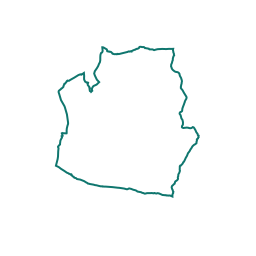 Sirineasa, Vâlcea, Romania, rotated 237°
{"feature_id": "2599482B90279875081363", "entity_name": "Sirineasa", "entity_type": "district", "adm_level": 2, "iso_a3": "ROU", "parent_name": "Romania", "parent_adm1": "Vâlcea", "projection": "mercator", "projection_center": [24.167, 44.933], "detail": "fine", "context": "isolated", "style": "outline", "palette": "teal", "viewbox_px": 256, "rotation_deg": 237, "n_neighbors": 0, "source": "geoboundaries", "source_scale": "gbopen_adm2", "svg_char_len": 5802}
<svg xmlns="http://www.w3.org/2000/svg" viewBox="0 0 256 256"><g transform="rotate(237 128 128)"><path d="M121.6,193.7L122.4,194.0L127.2,194.1L129.4,194.3L130.7,194.3L131.5,194.1L132.3,194.1L132.8,194.1L133.4,194.6L133.7,194.7L134.4,195.4L135.1,196.0L136.0,197.1L136.9,197.8L137.6,198.5L137.8,198.7L139.0,199.2L139.9,199.4L140.7,199.7L141.6,199.8L143.3,199.9L144.7,200.3L145.1,200.6L145.5,200.6L146.0,200.6L146.6,200.6L147.7,200.1L149.4,198.3L150.8,197.7L151.8,197.4L152.4,197.2L153.9,197.1L154.3,197.2L155.0,197.5L156.1,197.6L157.7,198.8L158.6,200.2L159.9,201.6L160.6,202.6L161.4,203.1L162.0,203.6L163.4,205.2L163.8,206.3L164.8,206.6L165.4,207.0L166.7,207.2L167.0,207.4L167.4,207.6L168.5,208.0L169.2,208.4L169.8,209.0L170.8,207.3L172.1,205.4L173.4,203.0L175.8,199.6L176.2,198.8L176.8,197.8L178.0,195.7L178.5,194.3L179.1,192.3L179.5,192.0L180.5,191.5L181.5,190.0L182.0,189.2L182.2,188.9L182.5,188.7L182.9,188.7L183.3,188.6L183.5,188.2L184.4,187.4L184.8,186.8L185.5,186.3L185.7,185.8L187.0,185.5L187.3,185.3L187.5,185.0L188.1,184.0L189.2,182.9L189.5,182.4L189.7,181.8L189.6,181.6L189.5,181.3L189.1,180.6L189.2,179.5L189.2,179.2L189.5,178.7L189.8,178.0L189.7,176.9L190.0,176.2L190.1,175.8L190.2,175.1L190.4,174.2L190.4,173.4L190.6,172.9L190.6,172.5L190.4,172.4L191.1,171.7L191.1,171.1L191.6,170.6L191.9,170.2L192.0,169.7L192.0,169.1L192.1,168.9L194.8,161.1L195.1,160.4L195.4,160.2L195.8,159.4L196.0,159.3L195.9,158.8L196.0,158.7L196.4,158.3L196.9,157.5L197.1,157.1L197.8,156.3L198.5,155.9L198.7,155.5L198.9,155.5L199.1,155.6L199.4,155.5L200.5,155.3L201.1,155.1L201.4,154.9L201.8,154.2L202.5,153.8L202.8,153.1L203.1,153.0L203.4,152.7L203.7,152.4L204.1,152.5L204.5,152.8L205.5,153.0L208.7,151.4L209.4,150.9L209.7,150.4L206.4,148.7L205.5,147.5L205.5,146.1L204.3,144.7L202.6,143.4L200.0,141.7L198.5,140.3L197.5,138.5L196.2,136.7L195.1,134.5L193.7,131.1L192.1,129.3L190.1,128.8L185.5,128.2L182.2,128.8L181.5,125.3L182.0,121.9L181.4,120.3L180.7,119.3L180.2,118.8L179.2,118.4L178.7,118.3L178.6,117.6L178.4,116.7L178.9,116.7L179.5,116.3L179.8,116.2L181.1,116.7L181.7,117.2L181.8,117.2L181.8,117.5L182.1,117.7L182.6,117.8L183.5,117.7L183.7,117.9L185.6,117.7L186.0,117.7L186.8,118.1L187.7,119.2L188.1,119.0L188.1,118.9L187.8,118.7L187.9,118.4L189.1,117.8L189.4,117.8L190.2,117.3L192.5,117.6L193.9,118.4L195.4,119.5L198.2,121.0L198.2,120.4L198.1,120.0L198.0,119.3L198.1,117.9L198.3,117.7L198.7,117.8L198.9,117.3L199.1,116.7L199.4,115.2L199.5,110.2L199.6,108.8L199.7,107.1L199.8,105.1L199.7,104.5L200.2,103.5L200.7,103.1L200.7,102.8L200.4,102.4L200.4,102.2L200.6,102.3L200.6,102.1L200.0,101.0L199.8,100.1L199.5,99.5L199.5,99.2L199.7,98.7L199.2,98.1L198.6,97.1L198.2,96.7L197.9,96.4L197.7,96.2L197.3,94.4L197.4,93.6L197.2,93.2L197.0,91.4L196.9,90.4L196.6,89.9L196.0,89.4L195.1,89.1L193.6,88.7L187.9,87.0L180.9,86.6L179.6,86.3L172.7,84.2L165.4,80.8L164.1,80.0L162.9,78.5L160.9,76.4L159.1,75.0L157.9,74.3L157.0,73.6L157.1,73.3L158.8,71.0L159.4,70.2L159.6,70.1L159.6,69.6L157.1,69.0L157.3,67.9L155.9,67.4L155.5,66.5L154.3,64.5L151.8,62.4L151.2,62.0L151.0,61.0L151.0,60.5L150.7,60.1L150.6,59.7L150.6,59.4L150.4,59.1L149.7,58.8L149.0,58.8L146.5,56.8L142.1,53.7L140.2,52.0L135.6,47.0L133.0,48.6L130.2,49.6L127.4,50.9L126.5,51.3L123.8,52.4L122.4,53.4L121.8,53.5L121.4,54.0L120.4,54.4L120.2,54.6L120.2,55.0L119.9,55.0L119.6,54.8L119.3,54.8L119.1,54.9L119.1,55.2L118.5,55.1L118.2,55.2L117.5,55.3L117.3,55.4L116.7,55.9L116.4,55.9L115.9,55.8L115.3,56.1L114.4,57.0L113.9,57.2L113.2,57.3L112.8,57.6L110.8,59.8L107.3,62.3L105.1,63.3L103.9,64.0L103.1,64.2L103.0,64.4L102.8,64.6L102.6,64.9L102.4,65.0L102.0,65.3L99.3,68.2L98.0,69.3L97.2,70.3L95.2,72.1L93.8,73.5L92.9,74.9L92.7,74.9L90.6,77.9L86.7,83.0L83.8,86.5L82.4,88.3L79.4,91.7L77.2,93.7L77.0,94.1L76.9,94.5L76.8,95.7L76.5,96.3L75.8,96.9L75.3,97.4L74.8,97.8L74.0,98.3L73.0,99.1L72.2,99.9L71.3,100.6L70.8,100.9L69.6,101.3L69.4,101.5L67.3,103.7L67.0,104.0L65.9,104.6L64.9,105.6L64.0,106.1L63.8,106.4L63.6,106.7L63.4,107.2L63.3,107.6L63.0,108.5L60.9,111.8L60.6,112.4L59.2,114.0L59.2,114.5L59.0,114.9L58.5,115.2L57.6,116.1L57.2,117.4L56.9,117.7L55.8,118.7L55.2,119.0L54.7,119.4L53.1,120.4L52.5,121.1L52.3,121.5L51.9,121.9L51.5,122.4L51.4,122.7L51.0,123.0L50.8,123.4L50.5,123.5L49.9,124.3L49.7,124.8L49.4,125.0L49.0,125.5L48.9,125.9L48.7,126.2L48.1,126.8L47.8,126.9L46.3,127.9L48.0,129.0L48.4,129.6L48.7,130.3L49.3,130.6L49.6,131.1L49.7,131.3L50.7,131.3L51.6,131.7L52.4,131.7L54.3,132.2L54.8,132.6L55.2,133.1L55.4,133.4L55.6,134.8L55.9,135.9L55.9,136.8L57.0,137.9L57.4,138.7L57.4,139.9L57.5,141.0L57.7,141.5L58.0,142.1L58.2,142.3L59.3,142.8L59.7,143.1L60.3,144.0L60.7,144.2L61.5,144.8L61.8,145.2L62.5,146.6L63.7,148.1L63.9,148.3L64.4,148.4L64.8,148.6L67.1,150.2L67.7,150.6L67.9,151.0L68.0,151.4L67.7,151.8L67.9,152.5L68.3,154.2L68.6,154.8L69.2,155.7L69.2,156.3L69.3,156.6L70.4,158.5L71.4,160.0L72.6,162.4L74.2,164.6L74.5,165.6L75.1,167.2L76.0,168.7L76.4,169.9L77.2,171.4L77.6,172.3L77.9,174.2L77.8,175.5L77.9,176.2L77.9,176.9L77.9,177.0L78.7,177.7L79.2,178.0L79.8,178.9L80.4,179.2L80.9,179.5L81.1,179.9L81.1,180.8L81.1,181.0L81.7,181.6L81.9,182.3L82.5,182.4L82.9,182.8L83.1,183.0L83.3,182.8L84.0,182.7L84.5,182.9L85.4,183.2L86.0,183.1L87.2,183.0L89.5,183.4L90.5,183.4L91.5,183.5L92.7,183.4L93.3,183.0L93.5,182.8L93.4,181.9L93.4,181.4L93.6,180.7L93.9,180.1L94.8,179.1L95.7,178.4L96.0,177.9L96.5,177.3L96.7,176.7L97.3,175.7L97.6,174.8L97.9,174.4L98.7,173.8L99.0,173.7L99.4,173.7L100.0,174.2L100.3,174.5L100.7,175.5L101.0,175.9L101.5,176.3L103.0,177.3L105.2,178.1L106.9,178.0L109.8,179.0L110.4,179.1L111.6,179.0L111.9,179.1L112.2,179.3L112.7,179.9L112.8,180.3L112.8,180.7L112.6,181.6L112.7,182.2L112.8,182.6L113.1,182.9L114.7,184.2L116.0,185.9L117.5,188.0L118.2,188.8L118.6,189.5L119.2,190.0L119.9,191.1L120.8,192.9L121.6,193.7Z" fill="none" stroke="#0f766e" stroke-width="2"/></g></svg>